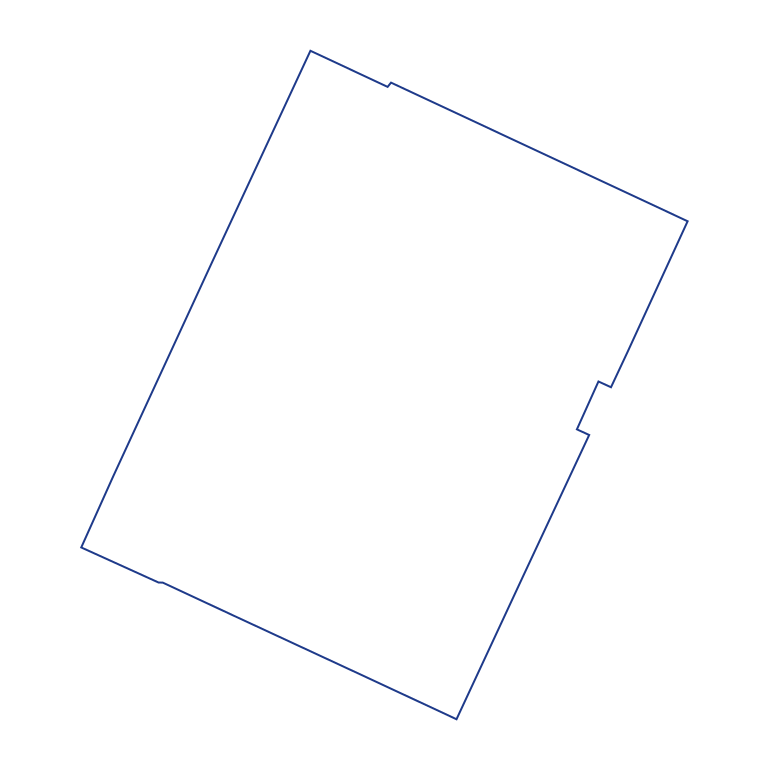 Reno, Kansas, United States of America (Equal Earth projection), rotated 115°
{"feature_id": "52423323B74364898088974", "entity_name": "Reno", "entity_type": "district", "adm_level": 2, "iso_a3": "USA", "parent_name": "United States of America", "parent_adm1": "Kansas", "projection": "equal_earth", "projection_center": [-98.045, 37.953], "detail": "fine", "context": "isolated", "style": "outline", "palette": "blue", "viewbox_px": 768, "rotation_deg": 115, "n_neighbors": 0, "source": "geoboundaries", "source_scale": "gbopen_adm2", "svg_char_len": 394}
<svg xmlns="http://www.w3.org/2000/svg" viewBox="0 0 768 768"><g transform="rotate(115 384 384)"><path d="M500.3,176.7L343.5,176.5L343.6,190.0L291.1,190.7L291.0,176.9L252.1,176.8L108.2,177.6L107.9,505.0L113.2,506.3L113.1,591.5L347.7,591.3L582.2,590.4L660.1,589.3L659.2,504.4L657.5,500.6L657.5,423.3L657.2,272.0L657.2,176.6L500.3,176.7Z" fill="none" stroke="#1e3a8a" stroke-width="2"/></g></svg>